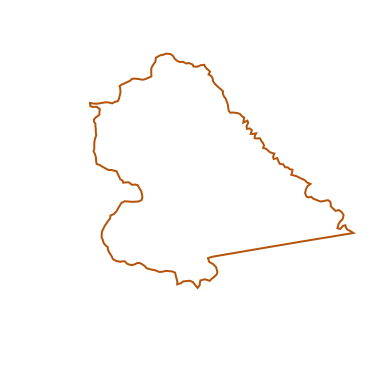 outline of Rubiataba, Goiás, Brazil, rotated 51°
{"feature_id": "56859067B12636135520213", "entity_name": "Rubiataba", "entity_type": "district", "adm_level": 2, "iso_a3": "BRA", "parent_name": "Brazil", "parent_adm1": "Goiás", "projection": "robinson", "projection_center": [-49.897, -15.198], "detail": "fine", "context": "isolated", "style": "outline", "palette": "amber", "viewbox_px": 384, "rotation_deg": 51, "n_neighbors": 0, "source": "geoboundaries", "source_scale": "gbopen_adm2", "svg_char_len": 3269}
<svg xmlns="http://www.w3.org/2000/svg" viewBox="0 0 384 384"><g transform="rotate(51 192 192)"><path d="M58.6,215.2L61.2,216.9L63.4,215.7L65.7,212.5L69.5,211.4L71.6,213.6L73.7,215.5L73.5,219.7L73.9,222.6L75.6,223.9L78.2,224.1L80.3,225.8L82.6,227.2L85.1,229.2L87.8,230.9L89.7,234.0L91.4,236.1L93.7,238.2L96.5,240.3L98.5,242.9L101.4,243.5L104.7,244.9L107.4,246.9L110.3,248.5L112.7,246.8L115.5,245.9L119.1,244.4L122.1,243.2L124.2,240.8L126.1,239.3L128.5,237.6L133.3,238.8L136.8,239.7L139.5,238.8L141.5,239.6L142.8,237.5L144.7,235.0L148.7,234.1L150.3,231.6L152.5,229.9L155.3,230.4L159.4,230.9L163.5,233.0L165.3,234.2L166.5,236.4L165.7,239.6L163.1,243.2L161.6,245.1L159.5,247.3L156.8,250.2L156.1,253.5L156.8,255.9L158.0,259.2L159.4,262.8L160.0,266.4L159.0,270.3L161.0,272.2L161.7,275.6L162.5,277.9L163.3,280.9L166.0,286.7L169.9,290.5L173.1,291.5L176.3,292.8L179.3,292.7L181.8,292.1L183.7,293.5L186.5,294.3L188.7,294.5L192.1,295.0L194.2,295.7L197.6,294.5L199.1,293.2L201.1,291.9L202.0,289.7L203.7,287.8L206.6,287.7L209.5,286.1L211.1,284.4L212.2,282.0L212.7,279.2L214.2,277.4L216.7,276.2L219.9,275.3L222.8,275.2L225.3,273.4L227.6,271.7L229.9,269.7L233.2,268.0L235.0,265.8L237.0,261.7L239.1,259.6L241.4,257.3L244.0,255.9L248.8,258.2L252.3,259.7L254.5,261.6L256.0,257.6L255.9,255.2L259.6,249.5L262.6,248.0L270.1,248.0L269.4,245.0L266.0,241.2L267.9,236.9L272.2,234.1L271.8,231.5L271.9,228.2L271.6,224.7L270.2,222.6L265.2,220.5L261.2,221.0L257.2,222.6L253.4,221.2L255.2,216.8L280.2,172.2L300.0,137.1L325.4,92.4L321.8,93.6L318.8,94.9L316.5,94.8L314.4,93.7L313.3,96.1L314.0,100.1L311.6,101.7L309.1,98.2L308.1,95.3L307.9,92.1L305.5,88.8L301.9,88.3L298.5,89.2L297.0,92.3L293.1,92.9L290.2,93.1L288.6,91.6L286.4,90.7L283.9,91.5L282.5,94.1L280.7,97.6L278.6,99.2L276.5,100.2L273.7,101.9L270.8,102.3L269.6,104.8L267.6,105.9L264.0,104.8L261.6,101.7L260.1,98.5L260.3,94.9L256.9,96.6L254.4,96.8L251.9,97.7L249.6,99.0L245.5,100.8L241.1,104.0L239.9,102.1L237.9,99.9L235.7,101.7L233.1,102.1L231.4,104.1L227.9,103.7L225.3,106.1L222.9,105.6L219.3,104.4L217.8,107.7L215.8,107.0L213.9,103.8L212.2,105.2L209.8,106.5L205.2,107.1L202.5,109.0L201.2,106.8L198.7,106.0L196.2,106.0L192.9,105.4L191.2,108.0L189.6,109.5L188.0,108.0L186.7,105.3L185.7,107.3L183.9,109.8L181.6,106.6L179.1,107.0L177.4,109.6L175.3,108.3L173.5,104.7L171.4,104.1L170.3,108.5L167.0,104.6L164.8,105.4L161.3,105.7L159.5,106.9L157.7,108.5L156.1,110.1L154.4,112.4L151.9,112.3L149.5,110.9L146.4,109.0L144.2,108.3L140.9,107.1L137.6,107.0L134.7,106.0L133.2,104.5L130.0,105.0L126.0,105.7L122.1,106.2L118.8,105.9L117.2,104.7L114.5,104.0L111.0,105.1L109.9,102.3L107.9,102.4L105.5,103.0L102.8,102.9L100.9,102.4L99.0,105.4L97.9,109.2L95.3,111.9L93.3,111.3L91.5,112.3L89.6,113.4L88.7,115.5L86.9,116.3L85.0,117.2L83.7,119.3L81.4,120.8L77.9,121.6L74.0,121.1L71.1,122.0L69.5,123.7L68.0,125.3L67.4,127.8L66.1,129.7L65.4,132.4L65.0,135.8L67.7,138.4L68.7,142.1L70.0,145.5L71.9,147.2L74.2,149.0L76.6,150.8L75.9,153.8L75.0,156.8L74.1,159.1L72.7,160.6L70.7,162.3L68.8,164.1L67.3,165.8L66.3,167.8L66.6,170.2L66.0,172.5L65.1,176.1L64.4,178.5L64.0,181.5L66.5,182.7L69.5,184.8L73.6,190.1L74.7,192.3L73.4,195.5L72.9,198.3L70.2,200.2L68.1,202.4L66.3,205.5L65.2,207.5L63.7,210.2L61.0,213.2L58.6,215.2Z" fill="none" stroke="#b45309" stroke-width="2"/></g></svg>